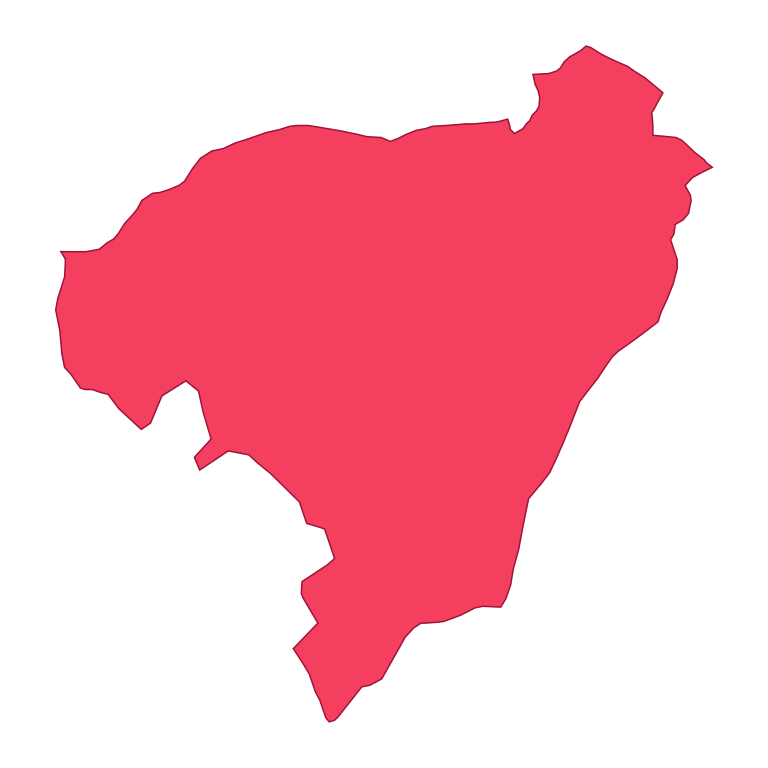 Kalar, As-Sulaymaniyah, Iraq (Robinson projection)
{"feature_id": "34846034B60628866791403", "entity_name": "Kalar", "entity_type": "district", "adm_level": 2, "iso_a3": "IRQ", "parent_name": "Iraq", "parent_adm1": "As-Sulaymaniyah", "projection": "robinson", "projection_center": [45.352, 34.84], "detail": "fine", "context": "isolated", "style": "filled", "palette": "rose", "viewbox_px": 768, "rotation_deg": 0, "n_neighbors": 0, "source": "geoboundaries", "source_scale": "gbopen_adm2", "svg_char_len": 2576}
<svg xmlns="http://www.w3.org/2000/svg" viewBox="0 0 768 768"><path d="M586.0,46.1L584.3,47.5L580.9,50.5L569.6,56.9L564.3,61.7L560.3,68.1L556.3,71.2L548.3,73.6L533.0,74.4L535.0,84.0L538.3,91.2L539.7,97.6L539.0,106.3L536.3,111.1L532.3,115.1L529.7,120.7L526.3,123.9L523.0,128.7L514.4,133.5L510.4,129.5L509.7,125.5L507.7,119.1L499.0,121.5L494.4,122.3L490.4,122.3L473.7,123.9L465.1,123.9L456.4,124.7L445.7,125.5L432.4,126.3L425.1,128.7L416.4,130.3L406.4,134.3L398.4,138.3L390.4,141.4L381.1,137.5L367.1,136.7L357.1,134.3L341.8,131.1L327.8,128.7L308.5,125.5L297.1,125.5L289.8,126.3L279.8,129.5L265.8,132.7L249.8,138.3L245.2,139.9L235.2,143.0L223.2,148.6L211.8,151.0L200.5,158.2L192.5,168.6L184.5,181.3L179.2,185.3L169.8,189.3L159.8,192.5L152.5,193.3L141.8,200.5L137.1,209.3L132.5,214.9L124.5,223.7L118.5,233.3L113.8,238.9L107.1,242.9L99.1,249.3L85.8,251.7L79.8,251.7L69.8,251.7L60.8,251.6L65.3,258.9L65.3,263.9L64.6,277.0L57.8,298.4L55.7,309.9L59.8,330.4L61.8,353.4L64.5,367.3L71.0,374.4L80.3,387.9L84.9,389.5L92.2,389.5L101.5,392.7L108.1,394.3L118.8,408.7L141.3,429.4L150.6,423.0L161.9,395.9L185.9,380.8L198.5,391.1L203.1,411.9L211.1,439.0L194.4,457.3L199.7,470.0L228.3,450.9L248.9,454.9L257.5,462.9L270.2,473.2L299.4,501.9L306.7,523.4L320.0,527.4L324.6,529.0L334.6,558.5L327.3,564.9L302.0,581.6L301.3,593.6L303.3,598.4L317.9,623.1L293.3,648.6L302.6,662.9L309.3,674.1L315.3,691.6L319.9,700.4L320.0,700.8L325.9,717.9L329.2,721.9L334.5,720.3L337.6,717.4L337.9,717.1L338.7,716.1L349.8,702.0L360.8,688.1L361.8,686.8L369.8,685.3L381.3,679.1L381.7,678.9L382.3,677.9L397.0,651.8L404.9,637.7L405.0,637.4L405.9,636.4L413.7,627.9L421.0,623.1L425.0,623.1L436.9,622.3L443.6,621.5L460.8,615.1L474.8,607.9L482.8,606.3L500.4,607.1L500.7,607.1L501.5,605.9L506.0,598.4L510.7,584.8L513.3,568.9L518.6,549.8L522.6,528.2L528.6,498.7L529.6,497.5L541.5,483.3L542.5,482.0L549.8,472.4L556.5,458.1L558.6,453.4L559.2,451.8L562.5,444.5L567.1,433.3L567.8,431.8L574.4,415.0L579.7,401.5L587.7,391.1L597.6,378.4L605.6,366.4L612.2,356.9L618.2,351.3L632.8,340.9L646.7,330.6L658.0,321.8L660.7,313.0L667.3,298.7L673.3,283.5L677.2,268.4L677.2,259.6L670.6,239.7L673.9,234.1L675.2,224.5L683.2,219.8L688.5,213.4L691.1,200.7L690.4,195.1L685.1,185.6L692.4,177.6L701.0,172.8L712.3,167.3L706.8,163.0L703.8,159.4L695.5,153.1L681.9,140.3L676.0,137.5L668.9,136.8L661.8,136.1L652.9,135.3L652.9,125.4L652.3,117.6L651.7,112.7L654.1,109.1L657.0,103.5L662.1,94.4L662.9,92.8L662.1,92.1L645.2,78.0L633.9,70.9L628.0,66.6L612.0,59.5L604.9,56.0L599.6,53.2L590.7,47.5L586.0,46.1Z" fill="#f43f5e" stroke="#9f1239" stroke-width="1.5"/></svg>